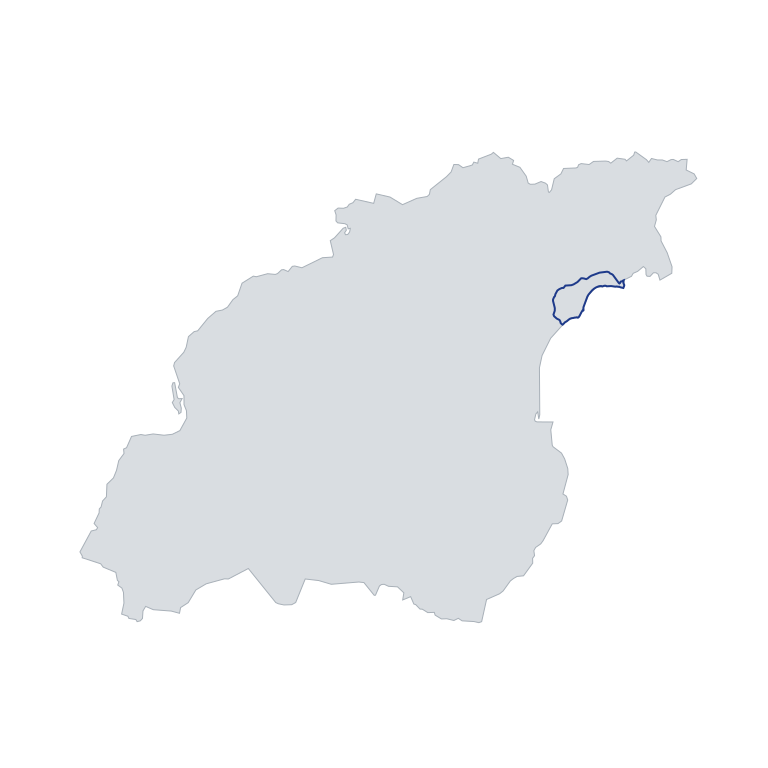 location of Gilan within Iran, rotated 103°
{"feature_id": "IRN-3240", "entity_name": "Gilan", "entity_type": "Province", "adm_level": 1, "iso_a3": "IRN", "parent_name": "Iran", "parent_adm1": "", "projection": "robinson", "projection_center": [49.412, 37.503], "detail": "fine", "context": "in_parent", "style": "outline", "palette": "blue", "viewbox_px": 768, "rotation_deg": 103, "n_neighbors": 0, "source": "natural_earth", "source_scale": "10m", "svg_char_len": 5087}
<svg xmlns="http://www.w3.org/2000/svg" viewBox="0 0 768 768"><g transform="rotate(103 384 384)"><path d="M383.0,210.8L391.1,211.2L405.8,206.3L407.1,205.2L411.4,195.5L416.4,191.1L425.1,185.9L430.8,184.2L450.9,184.9L452.3,181.0L455.7,178.9L477.5,180.1L480.9,183.1L482.4,188.6L500.7,193.7L504.5,195.3L509.1,199.5L512.7,200.5L517.4,198.7L520.4,200.0L525.1,198.8L539.5,204.9L541.6,211.1L544.3,214.0L547.5,216.6L558.9,221.4L562.4,224.2L570.9,235.6L593.6,235.4L595.2,237.9L595.2,242.8L597.2,254.6L595.6,258.9L598.7,262.7L598.6,270.0L600.0,275.2L597.7,282.2L595.2,283.6L596.9,289.9L594.8,296.0L595.2,298.3L591.8,303.5L591.7,305.4L585.2,310.2L590.2,317.2L583.0,317.7L578.6,325.2L580.1,334.1L579.1,338.7L579.9,341.3L581.8,343.0L591.7,344.8L592.1,346.0L582.0,358.9L582.6,364.0L591.0,390.3L590.2,403.4L591.7,416.9L616.8,420.9L619.8,424.3L621.8,431.8L621.9,437.4L621.3,440.3L594.3,474.7L609.0,491.8L609.7,495.6L618.7,512.3L627.0,521.0L641.1,525.6L647.6,531.9L653.4,531.7L653.1,540.2L655.8,558.0L654.3,566.2L659.3,567.8L666.8,566.6L669.6,568.2L671.1,571.1L669.3,572.8L669.8,579.8L667.9,581.3L667.2,587.9L656.0,588.1L645.6,591.0L641.8,593.5L639.8,598.2L636.3,597.8L635.3,599.6L627.9,602.9L625.6,616.4L622.9,619.6L621.2,639.0L619.6,639.2L616.0,642.5L593.1,636.2L590.7,631.5L588.4,630.7L585.1,635.1L573.7,632.6L569.8,633.3L567.4,632.0L561.3,631.9L556.4,629.1L544.0,631.4L536.4,626.5L528.3,625.2L518.3,625.2L510.2,621.7L506.0,623.1L504.0,620.5L491.9,618.2L487.9,609.5L487.7,605.2L484.6,597.7L483.4,586.8L480.6,578.9L475.3,572.4L461.5,568.5L454.4,570.5L449.1,574.2L440.3,576.3L433.6,583.6L429.7,583.1L413.7,593.0L410.2,592.9L398.1,586.2L392.7,585.0L381.8,585.2L375.7,580.8L374.1,577.5L359.8,570.5L351.0,564.1L348.3,558.1L344.4,553.8L335.8,550.2L331.0,546.4L317.7,545.0L308.3,535.6L308.2,532.5L302.7,522.2L301.7,514.6L300.4,512.6L295.8,509.5L295.1,507.5L296.0,502.7L290.0,499.8L289.1,497.5L289.2,490.1L274.8,472.4L271.9,462.7L269.2,462.3L256.4,468.6L252.7,465.1L241.4,458.8L239.9,456.5L242.7,455.3L245.5,456.4L247.2,455.1L246.5,453.0L243.7,451.7L239.9,451.8L240.9,453.8L237.3,455.6L236.6,458.1L237.4,465.4L235.9,467.5L230.0,468.7L226.2,471.0L222.9,468.3L221.9,463.0L219.8,459.6L216.7,458.3L214.3,455.0L210.4,453.2L210.3,434.7L200.5,434.3L200.5,420.2L205.1,406.3L195.7,393.8L191.6,384.1L189.0,382.4L184.2,382.6L167.9,369.7L162.3,366.3L154.4,365.3L153.5,360.7L155.5,355.7L151.9,349.1L150.7,347.2L147.6,346.4L147.8,342.3L143.6,342.5L135.9,331.1L133.7,329.5L138.1,320.9L135.1,313.9L137.0,308.0L141.0,308.3L142.3,300.3L149.5,292.2L155.8,288.7L156.5,286.3L155.3,281.9L151.4,276.5L152.0,271.8L153.3,269.5L159.9,267.0L160.2,266.0L157.1,264.4L145.7,264.3L139.5,258.9L133.6,257.5L130.3,245.5L129.3,244.1L126.6,243.7L124.9,241.5L124.0,233.5L120.0,229.9L116.9,218.1L116.7,215.2L117.8,212.7L111.5,207.6L110.8,199.7L112.1,197.9L104.9,192.2L101.6,191.9L101.3,190.9L106.4,178.7L108.5,175.9L104.1,174.1L104.2,168.1L103.1,163.1L103.7,158.3L100.8,154.8L100.1,152.7L101.2,147.4L98.4,144.8L96.9,139.2L107.5,137.7L109.5,129.1L113.4,125.5L119.9,129.6L129.0,143.6L134.6,147.6L138.6,152.3L158.5,157.1L162.8,155.6L169.6,155.9L178.3,147.3L182.3,146.2L192.4,137.6L205.0,129.7L211.4,128.5L220.7,138.5L215.4,141.5L214.4,144.0L215.0,146.5L219.3,149.0L219.8,151.9L218.4,153.3L212.8,154.8L211.2,157.7L217.2,162.2L220.1,166.1L223.4,167.1L228.4,173.2L236.4,172.4L238.0,187.2L242.5,199.4L251.0,204.6L273.0,208.6L275.4,210.9L279.1,217.6L284.8,222.4L301.9,231.9L320.7,236.4L333.2,236.2L379.0,225.3L383.3,225.3L376.5,228.0L379.1,229.3L385.0,229.3L386.3,228.2L386.5,226.3L383.0,210.8ZM456.6,578.3L453.9,582.6L449.7,586.1L446.4,585.0L433.7,590.2L430.3,589.9L429.8,588.3L443.8,582.2L444.5,580.6L443.6,577.4L448.1,578.7L453.1,576.1L457.3,575.4L459.3,577.2L456.6,578.3Z" fill="#d9dde1" stroke="#a8b0b8" stroke-width="1"/><path d="M229.0,173.8L230.3,173.9L231.0,173.7L231.8,173.4L232.6,172.9L233.1,172.4L233.8,172.1L234.7,172.1L236.6,172.4L236.6,175.5L236.3,176.6L236.5,177.3L236.6,179.2L237.1,180.5L237.5,184.8L238.7,188.9L238.5,189.5L238.4,190.3L238.6,191.1L238.8,191.6L239.8,193.2L239.8,193.6L239.7,193.9L239.7,194.2L240.0,195.6L240.6,196.9L242.1,199.0L244.0,200.9L246.1,202.4L250.8,204.8L253.0,205.5L264.2,206.9L265.4,206.7L266.4,206.4L267.3,206.2L268.3,206.7L268.1,206.7L267.7,206.7L267.3,206.9L269.8,207.8L273.5,208.7L274.9,209.2L275.8,210.0L275.7,211.3L276.0,211.8L276.4,213.1L276.6,213.6L277.0,214.2L277.7,216.1L278.6,217.5L279.6,218.4L281.7,220.0L283.2,221.6L283.6,221.9L284.2,222.1L286.0,223.3L285.7,224.3L284.8,225.6L283.2,226.4L282.1,227.5L281.4,230.4L279.7,233.5L278.2,234.5L274.2,234.1L271.8,234.6L271.1,234.9L270.5,235.2L265.0,238.0L263.6,238.3L260.9,237.8L260.3,237.3L259.4,237.2L257.9,237.2L253.9,236.1L252.1,234.5L250.5,232.4L250.1,231.3L250.0,230.7L247.3,229.4L245.6,223.7L244.3,221.7L241.1,218.4L236.7,215.7L236.4,214.9L236.2,213.0L236.3,211.5L236.3,210.5L235.3,209.3L233.4,207.9L231.8,206.3L227.0,199.0L224.4,191.9L224.5,190.0L225.4,188.6L225.7,186.7L226.3,185.4L232.8,177.9L233.1,177.3L232.6,176.8L231.5,176.6L230.9,176.3L230.7,175.7L230.1,174.9L229.2,174.1L229.0,173.8Z" fill="none" stroke="#1e3a8a" stroke-width="2"/></g></svg>